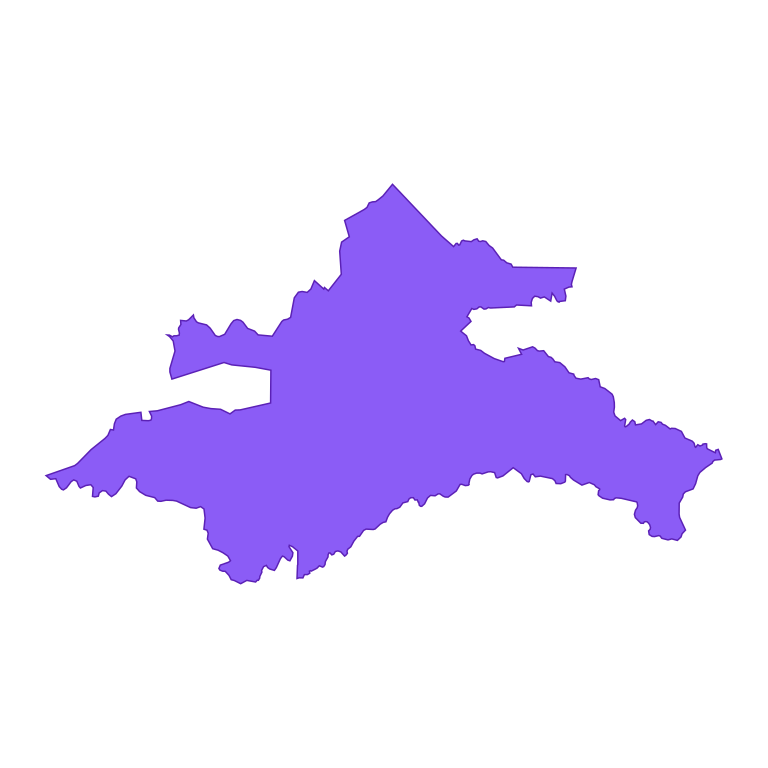 the district of Banderilla, Veracruz, Mexico
{"feature_id": "50627088B79728757861785", "entity_name": "Banderilla", "entity_type": "district", "adm_level": 2, "iso_a3": "MEX", "parent_name": "Mexico", "parent_adm1": "Veracruz", "projection": "natural_earth1", "projection_center": [-96.939, 19.59], "detail": "fine", "context": "isolated", "style": "filled", "palette": "violet", "viewbox_px": 768, "rotation_deg": 0, "n_neighbors": 0, "source": "geoboundaries", "source_scale": "gbopen_adm2", "svg_char_len": 6110}
<svg xmlns="http://www.w3.org/2000/svg" viewBox="0 0 768 768"><path d="M721.9,458.9L718.2,449.4L715.7,450.3L715.4,452.7L714.6,452.4L707.3,448.8L706.7,447.5L706.6,443.9L705.3,443.7L702.9,444.1L702.6,445.0L700.0,446.0L697.8,444.7L695.7,447.3L695.0,446.8L694.1,443.2L692.3,441.2L684.9,438.0L681.4,431.4L675.2,428.5L671.5,428.3L670.1,428.9L665.4,425.3L662.5,424.2L661.1,422.4L658.2,421.8L655.6,424.6L652.9,421.0L652.4,421.2L649.5,419.5L646.2,420.3L641.5,423.9L635.5,424.9L634.8,421.7L632.4,420.0L630.3,422.1L629.3,423.9L626.4,426.4L625.2,426.8L624.6,426.0L625.7,419.6L624.6,418.3L620.6,420.6L615.0,415.9L613.7,412.1L614.4,407.2L614.3,402.6L613.3,396.7L612.1,394.2L604.8,388.5L600.2,386.8L598.7,379.7L595.6,378.5L591.3,379.5L589.3,378.9L588.1,377.7L580.8,379.1L576.0,378.2L574.2,375.7L573.7,374.1L569.0,372.8L564.9,366.8L559.8,362.6L554.8,361.8L552.8,358.9L551.0,357.3L548.4,356.6L543.7,350.7L539.2,351.1L537.4,350.6L535.0,348.1L532.6,346.8L523.1,350.0L518.5,348.3L521.6,354.3L504.9,358.3L504.4,361.5L503.2,361.7L494.3,358.6L484.5,353.3L480.7,350.4L475.6,349.1L474.9,345.8L473.6,344.6L471.0,344.9L468.4,340.7L466.5,335.8L460.7,331.1L471.0,321.4L469.0,318.0L466.9,316.8L471.8,308.5L473.8,309.4L476.9,308.8L479.2,306.9L480.9,306.9L484.0,309.1L486.0,308.9L488.3,307.5L490.5,308.0L514.3,306.9L516.5,305.0L531.5,305.8L531.2,302.4L532.4,298.5L534.7,296.2L538.0,296.7L540.5,298.1L544.3,296.9L550.7,301.1L552.1,293.1L554.5,296.1L556.9,300.8L558.0,301.8L559.1,302.1L559.2,301.5L565.3,300.7L565.9,296.1L564.3,289.1L568.9,287.1L572.0,286.8L571.4,284.4L572.0,281.6L576.1,268.0L512.8,267.2L511.1,264.1L506.7,262.8L503.7,260.2L501.3,259.8L492.6,248.0L489.1,245.5L485.8,241.5L482.7,240.8L480.5,241.5L478.7,241.2L477.1,238.8L473.9,239.8L471.3,241.6L464.9,240.9L463.3,240.2L461.6,241.0L459.7,244.9L458.6,245.1L457.4,243.4L456.1,243.5L453.6,246.6L441.4,235.9L392.5,184.3L382.9,196.0L378.2,199.8L375.7,201.6L372.3,201.9L369.2,202.9L367.0,207.4L364.2,209.5L344.6,220.4L349.3,236.8L341.6,242.1L339.7,251.1L341.3,274.3L328.3,290.8L324.5,287.5L323.8,289.1L314.4,280.6L310.9,289.0L307.2,292.4L302.1,291.5L298.4,292.2L294.3,297.8L290.6,317.4L287.5,319.2L283.6,320.0L281.8,321.5L272.3,336.2L258.1,334.9L254.6,331.1L247.6,328.4L243.0,322.2L240.6,320.4L237.0,319.5L233.7,320.6L231.1,323.7L224.7,334.3L219.4,336.6L217.6,336.5L215.3,335.5L210.2,328.2L206.6,324.9L198.4,322.9L196.5,321.8L193.9,317.8L193.4,315.0L188.6,319.8L186.3,321.0L180.6,320.4L180.9,324.5L178.7,327.9L178.5,329.2L179.4,333.0L179.2,335.1L176.5,335.8L173.9,335.8L172.5,336.8L169.4,335.1L167.3,335.0L169.6,336.6L173.2,341.0L175.0,351.0L169.9,368.4L169.9,372.0L171.9,379.1L224.0,362.5L231.8,364.9L255.3,367.3L270.9,370.2L270.6,403.0L240.2,409.9L235.2,410.1L230.0,413.9L220.6,409.3L210.9,408.6L203.2,407.2L188.8,401.5L180.7,404.7L157.3,410.8L149.4,411.5L151.6,416.1L151.5,418.8L150.8,420.2L148.3,420.7L141.8,420.4L140.9,412.3L125.4,414.4L120.8,416.1L116.2,419.2L114.4,423.8L113.5,430.0L110.4,429.5L107.9,435.4L105.0,438.4L91.1,449.6L77.6,463.4L74.7,465.6L46.1,475.6L50.5,479.3L55.8,478.7L59.2,486.6L61.6,489.2L63.4,489.9L66.5,487.8L71.1,481.7L73.7,479.9L76.8,481.2L79.0,486.4L80.4,488.0L85.8,485.5L90.8,484.7L93.2,487.5L92.5,496.4L94.9,496.9L98.3,496.2L99.2,492.9L102.5,490.6L105.9,491.1L108.5,494.2L111.5,496.6L115.9,493.7L121.8,486.1L125.1,479.9L129.0,476.3L135.7,478.8L136.8,481.9L136.4,488.0L139.6,491.6L145.7,495.3L154.7,497.6L157.7,501.1L160.9,501.3L166.1,500.2L172.8,500.4L176.6,501.1L190.6,507.6L196.2,508.2L200.6,506.6L204.0,509.0L205.1,518.1L203.9,529.2L207.0,530.2L208.2,533.2L207.4,539.1L212.7,548.7L218.1,550.2L222.9,552.7L227.8,556.0L230.5,560.7L228.6,562.2L220.3,565.1L218.9,568.5L219.9,570.1L222.6,571.2L225.2,571.3L229.0,575.4L231.2,579.7L234.3,580.5L240.7,583.7L246.8,580.4L255.6,582.0L257.3,580.2L258.4,580.3L259.7,578.1L259.8,576.5L261.9,572.1L261.6,570.4L263.6,566.6L266.4,565.4L267.6,567.5L269.7,569.0L274.4,570.4L276.3,567.7L280.4,558.7L282.4,556.1L284.1,556.7L287.8,560.1L289.9,560.8L292.4,556.2L292.9,552.7L289.0,546.7L289.3,545.3L292.4,546.6L297.8,551.0L297.8,564.5L297.5,565.3L297.0,578.5L299.2,577.8L302.9,577.9L304.4,574.6L307.4,574.6L309.8,573.2L309.4,571.2L310.5,570.7L311.3,571.1L315.3,569.1L317.1,568.1L319.3,565.8L322.5,567.1L323.7,566.6L325.0,564.6L325.4,561.6L328.0,556.9L328.1,554.7L329.0,552.9L330.1,553.0L331.8,554.9L333.7,554.2L335.4,551.5L337.9,550.9L340.8,551.9L344.6,556.1L346.1,555.0L347.4,553.3L347.0,551.1L347.8,549.2L350.8,546.8L353.9,541.1L357.6,536.4L359.5,536.3L363.6,530.4L366.1,529.1L373.2,529.5L375.1,529.0L380.2,524.2L383.2,522.4L385.9,521.8L387.5,517.3L389.5,513.8L392.5,510.3L394.9,508.8L397.0,508.6L399.8,507.2L402.9,502.9L407.8,501.6L408.8,499.2L410.7,497.7L413.4,497.7L414.9,500.0L417.3,499.9L418.3,502.3L418.7,502.2L419.3,505.3L420.6,506.3L421.8,506.3L424.6,503.8L427.5,498.0L430.5,495.4L435.1,495.8L438.1,493.9L439.8,493.8L443.2,496.2L445.1,497.0L448.1,497.1L456.3,491.0L460.1,484.4L461.8,484.3L465.3,485.6L468.1,485.3L469.1,484.5L468.9,483.6L469.8,479.1L471.9,475.5L473.5,474.2L476.6,473.1L480.0,473.1L482.1,473.9L488.1,471.9L490.6,471.7L494.6,472.6L496.2,477.5L497.6,477.9L503.0,475.9L513.2,467.7L521.4,473.7L524.2,478.5L527.1,481.5L528.4,481.9L529.2,481.5L530.9,474.7L533.0,474.0L535.3,476.8L540.4,476.1L552.4,478.6L554.9,480.7L556.1,483.5L560.8,483.7L564.8,482.1L565.4,481.1L565.6,474.6L567.0,474.5L569.4,475.7L570.5,477.4L573.5,480.0L581.9,485.1L589.3,482.5L594.4,484.8L595.9,486.7L599.6,488.8L599.7,489.7L598.6,490.8L598.1,494.7L599.0,495.8L602.6,498.2L610.0,499.9L613.6,499.7L614.5,498.5L616.2,497.8L621.3,498.3L636.6,501.9L637.1,502.5L637.7,505.8L637.2,507.7L635.5,510.2L634.4,514.3L635.3,517.6L640.8,523.2L643.4,523.3L644.3,521.9L645.7,521.6L647.1,521.8L648.5,523.1L649.7,524.8L650.5,527.4L650.2,529.2L648.6,530.9L649.2,534.6L652.1,536.4L654.5,536.6L658.7,535.6L660.1,536.0L661.8,538.3L668.0,539.9L671.8,538.9L677.4,540.4L681.0,537.0L682.1,533.7L685.5,530.1L679.6,517.4L679.1,514.0L679.2,503.1L682.7,497.1L683.3,494.0L685.4,491.8L693.1,488.9L695.6,483.7L697.8,475.8L699.9,472.4L705.7,467.5L712.2,463.1L712.8,461.6L714.5,460.1L720.6,459.5L721.9,458.9Z" fill="#8b5cf6" stroke="#5b21b6" stroke-width="1.5"/></svg>